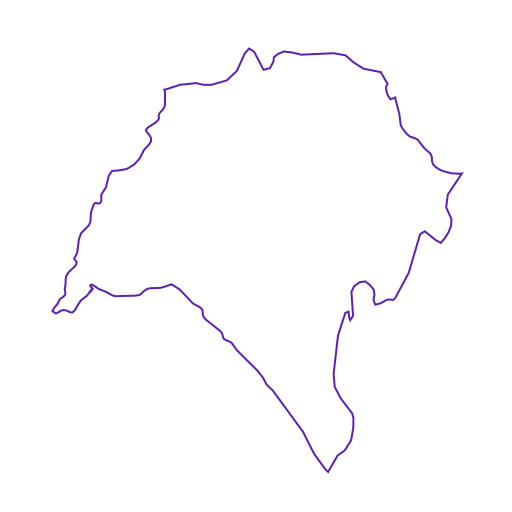 map outline of Subcarpathian (Robinson projection), rotated 95°
{"feature_id": "POL-3152", "entity_name": "Subcarpathian", "entity_type": "Voivodeship", "adm_level": 1, "iso_a3": "POL", "parent_name": "Poland", "parent_adm1": "", "projection": "robinson", "projection_center": [22.333, 49.912], "detail": "fine", "context": "isolated", "style": "outline", "palette": "violet", "viewbox_px": 512, "rotation_deg": 95, "n_neighbors": 0, "source": "natural_earth", "source_scale": "10m", "svg_char_len": 2666}
<svg xmlns="http://www.w3.org/2000/svg" viewBox="0 0 512 512"><g transform="rotate(95 256 256)"><path d="M124.4,365.2L123.1,365.0L121.4,364.0L118.2,361.5L116.5,360.5L113.3,359.8L101.0,360.9L98.4,361.8L98.4,361.7L98.2,361.1L92.1,346.7L89.0,330.8L90.0,323.3L89.4,315.5L83.6,300.4L73.3,291.2L54.9,284.7L49.9,280.9L52.9,275.5L69.9,264.7L67.6,258.5L61.3,255.7L56.4,255.4L52.8,251.8L51.4,248.8L49.9,246.3L50.1,237.9L51.5,228.4L47.2,196.2L48.3,184.3L54.7,175.5L60.0,165.4L62.0,147.5L62.6,147.3L73.1,140.0L76.3,141.2L80.6,140.4L85.0,138.4L88.2,135.6L86.6,132.3L85.9,131.3L102.3,125.5L113.2,123.2L116.3,121.1L121.6,116.1L123.7,112.8L124.6,108.6L125.8,105.3L133.9,97.7L138.8,91.2L141.8,89.5L146.2,88.9L149.3,87.6L151.9,84.5L153.9,80.7L155.1,77.3L156.5,68.9L156.4,61.0L155.8,58.1L178.2,70.3L191.0,70.8L202.2,64.5L208.9,64.3L215.4,66.2L221.4,69.2L226.8,73.0L224.5,78.4L216.7,90.0L219.9,94.4L259.5,102.4L286.3,113.9L287.9,115.9L287.7,118.8L288.1,121.7L292.2,127.7L294.1,132.9L289.5,135.1L284.2,134.6L278.9,136.0L274.7,140.4L271.8,144.9L273.0,150.2L277.5,155.6L283.5,157.8L307.2,154.1L311.8,156.6L309.1,157.8L303.3,159.0L305.0,162.1L328.3,167.4L366.7,168.4L379.5,166.2L390.5,159.1L404.5,146.4L409.0,144.8L418.7,144.1L431.3,145.2L442.0,150.7L447.6,157.3L464.7,165.3L464.8,165.3L464.7,165.6L462.4,168.4L449.0,180.1L444.1,183.3L434.8,189.0L427.1,193.8L388.3,227.8L383.2,234.2L377.0,238.2L370.2,244.4L351.7,266.7L344.6,272.8L343.7,274.6L342.3,278.9L341.5,280.5L340.0,281.7L337.0,282.6L335.5,283.5L333.9,285.1L323.4,300.9L320.5,303.3L318.6,303.9L314.9,304.5L313.0,305.9L311.8,307.8L308.8,314.7L295.9,329.2L291.6,337.6L294.9,345.3L296.1,348.5L297.2,357.8L297.8,360.2L298.3,361.4L300.5,364.4L304.2,367.6L305.2,369.3L306.0,372.7L308.3,392.7L307.7,395.8L304.8,402.4L302.4,410.1L299.7,414.9L298.8,417.5L299.8,418.7L300.6,418.2L302.9,415.8L305.6,417.4L305.4,417.5L304.7,417.6L310.3,420.9L315.3,426.4L318.5,428.3L326.2,431.9L328.3,434.1L328.3,436.0L326.8,440.2L326.6,443.2L327.3,445.2L330.1,449.2L330.3,449.7L330.7,450.4L328.7,453.9L325.2,452.6L321.4,449.8L318.3,448.4L316.4,447.9L313.2,444.2L311.5,442.8L309.6,442.7L305.7,443.6L299.5,443.3L295.8,443.6L292.1,443.2L287.9,440.8L281.4,434.9L278.0,434.0L274.4,436.9L268.4,434.4L254.9,433.9L248.6,432.3L239.9,425.1L236.3,423.9L226.8,424.2L218.7,422.1L217.4,421.2L217.0,419.8L217.5,418.4L217.5,416.9L215.6,415.2L214.2,414.9L210.1,415.4L208.4,415.3L206.4,414.5L200.8,411.5L188.6,409.6L183.8,406.7L182.6,399.7L180.5,392.1L175.6,385.5L169.4,380.6L160.1,376.8L153.9,372.0L150.7,370.5L147.3,371.0L144.3,373.3L141.8,375.7L140.1,376.7L137.4,374.9L131.7,367.5L128.8,365.1L127.1,364.7L124.4,365.2Z" fill="none" stroke="#5b21b6" stroke-width="2"/></g></svg>